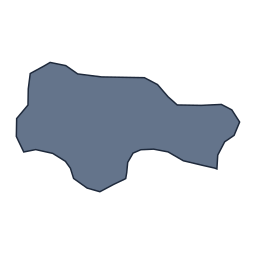 outline of Mullsjö, Västra Götaland, Sweden, rotated 271°
{"feature_id": "70781695B30148016618551", "entity_name": "Mullsjö", "entity_type": "district", "adm_level": 2, "iso_a3": "SWE", "parent_name": "Sweden", "parent_adm1": "Västra Götaland", "projection": "mercator", "projection_center": [13.852, 57.962], "detail": "fine", "context": "isolated", "style": "filled", "palette": "slate", "viewbox_px": 256, "rotation_deg": 271, "n_neighbors": 0, "source": "geoboundaries", "source_scale": "gbopen_adm2", "svg_char_len": 679}
<svg xmlns="http://www.w3.org/2000/svg" viewBox="0 0 256 256"><g transform="rotate(271 128 128)"><path d="M192.2,49.0L188.5,42.9L180.8,29.3L165.4,27.6L149.2,27.6L135.5,16.5L117.6,16.5L112.5,19.0L102.2,24.2L104.8,36.1L101.3,53.2L93.6,66.0L86.8,71.1L76.6,74.5L67.2,88.2L63.8,101.0L71.4,114.7L76.9,125.7L77.4,126.6L83.4,127.5L93.6,128.3L103.0,133.5L106.5,141.2L107.3,154.0L104.8,168.5L96.2,183.9L91.9,203.5L89.4,215.5L88.6,217.6L102.5,218.2L115.9,224.9L122.5,234.2L135.9,239.5L147.9,231.5L150.6,226.2L153.2,220.9L151.9,200.8L151.9,176.8L159.9,167.5L171.9,156.8L178.6,143.5L178.6,100.7L181.2,76.7L189.3,64.7L192.2,49.0Z" fill="#64748b" stroke="#1e293b" stroke-width="1.5"/></g></svg>